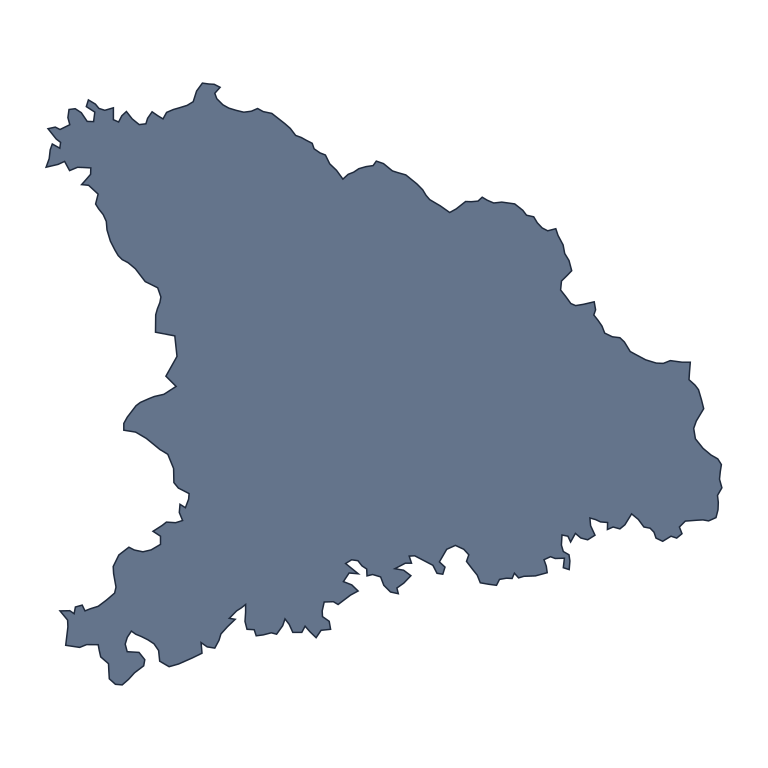 Faxinal, Paraná, Brazil (Mercator projection)
{"feature_id": "56859067B81373422903240", "entity_name": "Faxinal", "entity_type": "district", "adm_level": 2, "iso_a3": "BRA", "parent_name": "Brazil", "parent_adm1": "Paraná", "projection": "mercator", "projection_center": [-51.3, -24.003], "detail": "fine", "context": "isolated", "style": "filled", "palette": "slate", "viewbox_px": 768, "rotation_deg": 0, "n_neighbors": 0, "source": "geoboundaries", "source_scale": "gbopen_adm2", "svg_char_len": 4729}
<svg xmlns="http://www.w3.org/2000/svg" viewBox="0 0 768 768"><path d="M50.2,149.8L49.2,158.6L46.1,167.2L58.1,164.4L64.6,161.4L69.6,170.6L77.5,167.3L83.4,167.5L90.8,167.9L90.6,174.3L87.0,178.5L81.6,184.6L88.6,185.3L98.1,194.1L95.6,204.0L98.6,208.8L103.2,214.6L106.3,221.4L107.0,229.9L110.4,241.2L115.0,250.2L118.2,255.6L122.2,259.6L128.1,262.7L135.4,268.8L145.2,281.6L157.7,287.8L160.9,297.0L159.9,302.5L157.4,308.8L155.7,314.8L155.5,332.2L174.8,335.9L177.0,356.4L169.8,369.2L165.9,376.2L176.1,386.4L163.9,394.3L154.3,396.5L149.0,398.6L140.4,402.4L136.1,405.6L127.3,417.1L123.8,423.4L123.8,430.2L135.6,432.1L146.3,438.4L159.9,449.5L167.8,454.3L173.6,468.5L173.9,482.6L178.4,488.1L189.1,493.6L188.6,499.2L185.4,507.7L180.0,504.3L179.3,512.5L182.6,520.5L175.6,522.7L166.4,522.1L162.2,525.4L153.0,531.3L160.5,536.2L160.5,544.4L151.1,549.9L142.9,551.8L134.3,550.0L128.9,547.2L118.9,554.9L113.2,566.5L113.6,573.6L116.0,587.1L114.6,593.1L106.3,600.2L98.2,606.3L90.2,608.8L85.0,610.9L82.2,605.1L75.4,607.0L74.1,613.7L69.8,610.7L60.0,610.9L67.6,620.1L67.9,626.9L65.7,645.3L79.7,647.4L86.6,644.6L98.2,644.7L99.2,650.2L100.7,656.9L108.5,663.7L108.8,670.2L109.3,678.8L115.4,684.3L122.2,684.9L128.6,679.3L134.5,672.8L143.7,665.8L144.8,659.7L139.0,652.4L127.2,651.7L125.2,644.1L127.3,637.3L131.4,631.1L135.7,634.2L141.5,636.6L147.9,639.8L154.0,643.8L158.6,650.5L159.7,661.2L169.1,666.7L178.6,664.0L192.4,657.9L202.0,653.2L201.1,642.6L207.2,646.9L214.8,648.1L219.0,640.3L220.9,634.0L227.4,626.8L235.2,619.3L229.3,618.3L236.6,610.9L241.1,608.0L245.6,604.5L245.6,612.3L245.0,621.4L247.0,629.3L254.2,629.7L256.2,635.8L263.2,634.9L271.3,632.8L276.6,634.2L282.7,625.7L285.0,618.9L289.2,624.4L292.8,632.4L301.8,632.4L305.1,626.2L309.9,631.7L316.1,637.7L321.1,630.3L330.6,629.3L329.2,621.3L322.5,616.6L322.2,610.9L324.2,602.0L333.4,601.7L338.1,604.5L350.5,595.1L358.1,591.0L351.8,584.9L343.4,581.6L349.1,573.0L358.3,573.8L345.6,563.5L351.6,559.8L357.9,560.7L362.0,565.9L366.7,569.0L367.0,575.9L372.6,574.5L380.6,576.9L383.8,585.3L390.5,592.0L398.3,593.7L396.9,588.0L403.8,583.1L410.9,575.7L403.6,570.2L394.9,568.7L405.3,563.2L411.5,563.2L409.2,556.1L414.7,555.8L432.9,565.3L437.0,573.3L442.8,574.2L445.0,567.1L439.4,561.9L446.7,549.3L455.4,545.4L463.8,549.3L468.8,554.8L466.5,561.4L472.7,569.5L477.2,575.1L480.3,582.8L488.9,584.3L496.5,585.3L499.5,579.4L506.5,578.2L512.1,578.5L514.4,573.2L518.6,577.9L523.9,576.3L535.4,575.9L547.2,572.7L546.3,566.2L544.0,559.7L550.5,556.7L555.2,558.5L564.4,558.2L563.3,567.7L569.2,569.6L569.9,561.0L569.0,554.8L563.3,551.5L561.4,545.1L562.0,535.0L567.9,536.2L570.6,542.0L575.4,533.4L580.8,538.0L587.7,539.8L595.0,535.2L590.6,525.7L589.9,518.0L595.6,519.6L600.5,521.9L607.6,522.5L607.4,529.5L613.1,527.0L619.9,528.9L624.9,524.8L631.6,513.9L638.3,519.4L643.9,527.0L650.1,528.2L654.0,532.2L656.0,538.1L662.7,541.3L671.0,536.2L676.7,538.1L682.0,533.7L679.4,527.0L685.3,521.1L697.3,520.2L703.0,519.9L708.6,520.9L716.0,517.6L718.0,509.8L718.3,502.4L717.5,495.4L721.9,487.8L719.5,479.2L720.3,471.5L721.4,464.6L717.8,458.9L711.0,455.0L703.0,448.3L695.4,438.8L693.7,428.4L696.3,421.0L703.7,408.7L701.5,399.9L698.5,389.7L695.1,385.2L689.0,379.7L689.5,372.1L690.3,362.2L682.0,362.2L670.3,360.6L663.3,363.4L656.3,363.1L645.6,359.8L635.3,354.3L630.2,351.5L624.4,342.0L619.9,337.7L612.4,336.8L604.7,333.1L602.0,326.1L598.0,320.3L593.8,315.0L595.6,309.8L594.2,301.8L583.5,304.3L575.6,305.6L570.8,303.5L566.1,297.0L560.6,290.0L561.5,281.0L567.3,275.3L571.7,270.7L569.0,260.5L564.7,253.5L563.1,244.9L558.0,235.4L555.8,228.7L547.7,230.8L542.1,227.9L537.3,222.8L533.7,216.8L526.5,215.2L522.8,210.3L514.7,203.9L501.8,202.1L493.7,203.0L487.2,200.2L482.2,197.2L478.0,201.1L471.3,201.7L465.6,201.5L456.2,208.9L449.7,212.5L440.2,205.8L434.9,202.7L429.7,199.6L426.0,195.3L422.7,189.8L417.0,184.0L405.8,174.9L397.7,172.6L392.4,170.9L383.5,163.6L376.3,161.1L373.1,165.6L366.1,166.6L358.8,168.7L353.6,172.2L348.2,174.3L342.9,179.1L336.5,170.3L329.7,163.8L325.4,155.0L320.0,152.9L314.1,148.8L312.2,143.3L306.3,140.3L301.3,137.5L295.6,135.4L290.3,128.4L284.7,123.5L278.3,118.5L271.8,113.4L263.2,111.6L257.6,108.5L251.4,111.2L243.8,112.2L236.0,110.3L228.8,108.1L222.9,104.8L216.8,98.7L214.8,93.3L220.1,87.3L214.2,84.3L208.9,84.0L202.4,83.1L196.6,91.0L193.2,101.7L187.1,105.4L179.0,107.9L173.4,109.5L166.6,112.4L163.0,118.9L157.9,115.8L152.1,111.8L147.6,118.3L145.9,123.8L139.2,124.6L132.2,118.9L126.4,111.5L121.8,115.8L118.6,122.0L113.4,119.7L113.4,107.8L104.8,110.3L98.9,108.4L95.4,104.1L88.4,99.9L86.3,106.6L94.8,112.1L93.6,121.6L87.2,121.4L81.3,112.7L75.2,108.7L69.0,109.5L67.9,117.6L69.8,124.7L60.0,129.5L55.3,127.1L48.0,128.7L56.2,139.0L60.6,142.4L59.8,148.2L52.3,144.0L50.2,149.8Z" fill="#64748b" stroke="#1e293b" stroke-width="1.5"/></svg>